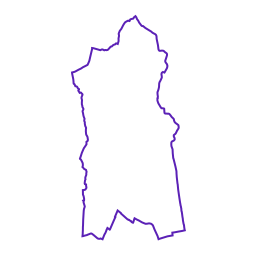 Thung Khru, Bangkok Metropolis, Thailand (Equal Earth projection), rotated 179°
{"feature_id": "78962969B48707733075976", "entity_name": "Thung Khru", "entity_type": "district", "adm_level": 2, "iso_a3": "THA", "parent_name": "Thailand", "parent_adm1": "Bangkok Metropolis", "projection": "equal_earth", "projection_center": [100.498, 13.625], "detail": "fine", "context": "isolated", "style": "outline", "palette": "violet", "viewbox_px": 256, "rotation_deg": 179, "n_neighbors": 0, "source": "geoboundaries", "source_scale": "gbopen_adm2", "svg_char_len": 5696}
<svg xmlns="http://www.w3.org/2000/svg" viewBox="0 0 256 256"><g transform="rotate(179 128 128)"><path d="M87.8,190.9L88.0,191.2L89.2,192.9L89.5,193.6L89.6,194.2L89.5,194.9L88.9,196.5L87.8,199.8L87.7,200.7L87.7,201.1L87.8,201.5L88.0,201.8L88.3,202.2L89.6,203.1L90.8,204.3L91.3,204.6L91.9,204.7L92.7,204.8L94.5,204.6L94.9,204.6L95.4,204.8L95.8,205.3L96.0,205.7L96.2,206.4L96.3,207.5L96.6,210.3L97.8,216.6L97.9,219.1L98.1,219.9L98.5,220.7L98.9,221.1L99.3,221.4L101.8,222.8L102.9,223.8L103.5,224.3L104.2,224.7L108.9,227.7L111.1,229.6L112.1,229.7L112.3,229.8L112.7,230.1L113.1,230.6L113.9,231.7L115.0,233.2L116.0,235.3L116.9,236.4L117.1,236.8L117.8,238.6L118.6,239.7L119.4,239.1L120.1,238.5L120.7,237.5L120.9,237.3L123.2,236.8L123.8,236.5L124.1,236.1L124.4,235.2L124.7,234.9L124.9,234.9L125.7,235.3L126.1,235.3L126.8,235.0L128.8,233.9L129.3,233.4L130.5,231.7L131.2,230.5L132.9,227.3L134.1,225.8L134.5,225.3L135.1,223.9L135.5,222.9L135.7,222.2L135.4,221.2L135.4,220.6L135.5,219.5L135.9,217.9L135.9,216.0L135.9,215.1L136.1,214.4L136.5,213.2L136.8,212.2L137.9,212.7L138.3,212.8L138.5,212.8L138.8,212.5L139.2,212.1L139.3,211.9L140.6,211.5L141.3,211.2L142.6,210.0L142.9,209.8L143.6,209.7L143.9,209.6L146.6,206.7L147.1,206.4L148.0,206.2L149.4,206.4L149.6,206.4L150.1,206.2L150.4,206.1L151.0,206.4L151.8,206.9L152.2,207.0L153.1,206.9L154.1,206.4L154.3,206.3L161.2,208.4L162.5,208.6L162.5,208.1L162.5,207.7L164.6,199.5L165.4,196.2L165.8,195.1L167.1,192.3L167.3,192.0L167.4,191.8L170.2,190.4L171.9,189.6L174.1,188.2L176.5,187.1L179.7,185.4L180.8,185.0L183.0,184.5L182.9,183.3L181.9,178.0L181.7,175.9L181.6,173.6L181.5,173.3L181.4,173.1L180.9,172.9L180.7,172.7L179.9,170.7L179.2,170.6L178.9,170.5L178.3,170.2L178.0,169.8L177.7,169.1L177.4,168.6L177.1,168.2L176.3,167.7L176.3,167.4L177.0,166.2L175.7,164.0L175.2,164.2L174.9,164.3L174.4,164.2L174.0,163.8L173.7,163.2L173.2,162.9L173.0,162.6L172.9,162.2L173.0,161.8L173.8,159.9L173.9,159.3L174.0,158.9L173.9,158.4L173.6,157.2L173.5,156.7L173.7,154.3L173.7,153.1L173.7,152.4L173.3,151.0L173.2,149.8L172.5,148.5L172.3,148.1L172.3,147.7L172.3,147.4L172.4,147.1L173.1,145.8L173.1,145.2L172.7,143.6L172.5,142.1L172.3,141.0L172.1,140.2L171.3,138.0L171.3,137.8L171.6,136.7L171.6,136.1L171.6,135.8L171.1,134.6L171.1,132.9L170.8,131.3L170.7,130.7L170.1,129.4L169.9,128.7L170.1,127.7L170.2,125.3L170.0,122.7L169.9,122.3L169.8,121.9L168.9,120.3L168.7,119.8L168.6,119.3L168.3,117.1L168.4,116.4L168.6,115.8L169.0,115.5L169.6,115.1L169.8,114.9L169.8,114.7L169.8,112.4L170.4,111.5L171.8,109.5L172.4,108.7L172.8,107.9L174.6,103.9L175.8,100.3L176.6,98.2L176.5,97.9L175.9,97.5L175.5,97.0L174.6,95.2L174.0,93.9L173.8,92.7L173.8,91.3L173.9,90.7L174.2,89.8L173.5,89.1L172.7,88.0L172.1,87.6L171.0,87.0L170.7,86.8L170.6,86.4L170.4,85.6L170.2,85.1L170.2,84.8L170.5,83.5L170.5,82.3L170.7,81.4L171.3,80.0L171.6,78.8L171.6,78.6L171.5,78.1L171.4,77.4L171.7,76.8L171.9,76.3L172.3,73.5L172.0,72.6L171.0,72.4L170.9,72.3L170.9,70.6L170.6,69.6L170.7,68.7L171.0,68.4L171.4,67.6L171.7,67.2L173.0,66.8L174.2,66.7L174.2,63.9L174.2,62.2L173.6,60.7L173.2,58.5L173.1,57.7L173.2,56.5L174.1,56.2L173.6,55.2L173.7,54.3L172.6,50.4L172.8,49.5L173.4,47.9L173.7,46.1L174.4,37.1L174.7,30.7L174.8,30.2L174.9,26.7L175.1,23.7L175.1,22.9L175.3,21.6L175.4,20.6L174.7,20.7L173.4,21.1L170.8,21.7L170.5,21.9L167.2,23.1L166.8,23.1L166.3,23.1L165.8,22.8L164.4,21.7L160.3,18.1L159.0,17.7L158.6,17.7L158.2,17.7L157.5,17.9L157.3,18.0L155.4,17.2L153.5,21.7L152.9,22.8L152.9,22.7L152.7,23.0L152.2,24.0L151.4,25.9L151.4,26.2L151.2,26.5L150.3,28.4L148.0,26.7L147.8,26.9L147.1,28.5L143.6,36.2L142.2,39.1L142.6,39.4L141.4,42.1L139.8,45.7L136.6,43.1L136.6,42.8L136.3,42.4L130.1,36.7L129.8,36.5L129.4,36.5L129.0,36.1L128.5,36.1L127.7,35.4L127.1,35.1L126.9,34.9L126.4,34.7L126.2,34.1L125.9,33.8L124.7,33.2L124.2,34.0L124.1,34.5L123.3,36.9L123.2,37.1L123.0,37.6L120.6,36.2L118.9,35.4L115.6,33.4L113.8,32.6L113.3,32.4L112.1,31.9L111.7,31.9L110.4,32.0L108.6,32.3L106.7,31.9L106.1,31.5L105.5,31.0L104.8,30.2L104.6,29.7L103.3,26.2L101.8,22.8L100.3,19.4L99.9,18.0L99.4,16.3L98.0,16.8L90.4,19.0L85.3,19.8L85.5,22.6L83.1,22.9L79.7,23.5L75.8,24.1L73.0,24.7L73.2,25.5L73.5,27.6L73.7,29.8L73.8,30.3L74.1,31.1L74.7,34.8L74.8,36.4L75.0,37.6L75.1,38.2L75.5,41.8L75.8,43.8L75.9,44.0L76.0,44.1L76.1,45.9L76.1,46.3L76.3,47.4L76.5,48.7L76.7,49.4L76.9,50.2L76.9,50.8L77.1,51.7L77.8,56.8L78.2,59.9L78.9,65.5L79.2,69.4L79.3,70.8L79.5,71.7L80.1,78.1L80.3,81.8L80.3,83.4L80.4,84.4L81.2,88.5L82.7,95.1L83.1,96.7L83.3,97.1L83.4,98.4L83.7,101.9L83.8,105.7L83.9,106.2L84.7,108.5L84.9,109.2L85.0,110.8L85.0,111.3L84.9,112.7L84.7,113.2L84.5,113.5L84.2,113.8L82.9,114.4L82.2,114.8L81.8,115.3L81.6,115.7L81.5,116.1L81.6,116.8L81.7,117.4L82.3,118.5L82.4,119.5L82.3,120.1L82.1,120.3L80.8,121.3L80.4,121.7L79.3,123.9L78.9,124.7L78.2,125.6L77.4,127.0L77.3,128.0L77.5,129.6L77.7,130.1L78.8,131.0L79.6,131.6L80.4,132.2L81.2,133.1L81.5,133.8L81.8,134.6L82.0,135.8L82.1,136.2L82.9,137.1L83.9,138.0L84.6,138.9L85.0,139.6L85.9,140.7L86.2,141.1L86.6,141.4L87.2,141.6L88.1,141.6L88.5,141.7L89.7,141.7L90.4,141.8L90.9,142.0L91.2,142.4L91.3,143.0L91.5,146.7L91.6,146.8L91.8,146.9L92.8,147.1L94.2,147.2L94.6,147.7L95.1,148.4L96.1,150.2L97.2,152.1L97.8,153.9L98.1,154.9L98.1,155.8L98.1,157.0L98.0,157.5L97.9,157.6L97.7,157.6L97.7,157.9L97.6,158.8L97.6,159.2L97.8,160.5L97.9,161.7L97.9,162.4L97.9,163.3L97.6,164.0L97.1,165.3L96.7,166.6L96.3,168.3L96.2,169.4L96.1,171.1L96.0,172.2L95.5,173.6L94.9,174.5L94.5,175.3L93.5,177.4L93.3,178.0L93.3,178.5L93.4,179.7L93.6,180.9L93.6,181.3L93.5,181.8L93.3,182.4L93.1,182.7L92.1,183.4L90.6,182.8L90.2,183.4L88.1,187.0L87.8,187.8L87.6,188.8L87.5,189.4L87.6,189.8L87.8,190.4L87.8,190.9Z" fill="none" stroke="#5b21b6" stroke-width="2"/></g></svg>